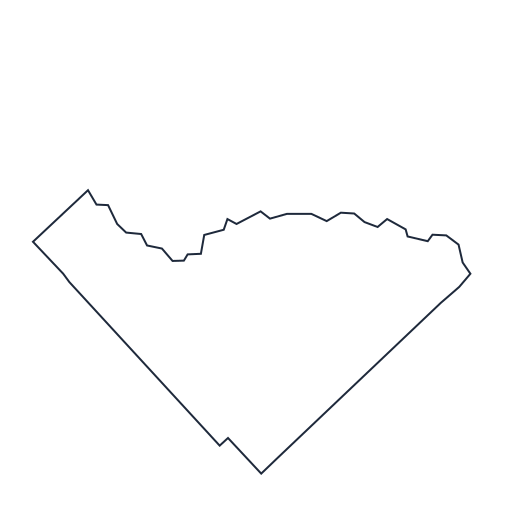 Lafayette, Florida, United States of America, rotated 317°
{"feature_id": "52423323B3691200212151", "entity_name": "Lafayette", "entity_type": "district", "adm_level": 2, "iso_a3": "USA", "parent_name": "United States of America", "parent_adm1": "Florida", "projection": "robinson", "projection_center": [-83.115, 30.041], "detail": "fine", "context": "isolated", "style": "outline", "palette": "slate", "viewbox_px": 512, "rotation_deg": 317, "n_neighbors": 0, "source": "geoboundaries", "source_scale": "gbopen_adm2", "svg_char_len": 691}
<svg xmlns="http://www.w3.org/2000/svg" viewBox="0 0 512 512"><g transform="rotate(317 256 256)"><path d="M178.0,93.3L102.6,93.5L102.9,137.5L101.7,147.8L100.1,369.9L111.4,370.0L111.4,418.7L132.8,418.4L359.3,416.3L383.6,417.2L400.7,415.2L402.7,401.7L411.9,385.8L409.2,370.7L399.6,360.8L391.7,362.3L380.2,345.1L383.6,338.6L377.1,318.4L364.7,317.7L358.5,305.2L356.8,291.9L347.6,282.2L331.5,278.7L325.2,262.9L307.4,246.3L291.7,238.2L289.8,226.5L263.6,219.3L260.3,209.5L250.3,214.8L232.5,205.3L217.2,216.8L207.1,208.2L200.1,210.2L191.6,202.7L192.3,186.4L183.5,174.0L187.0,161.6L177.0,150.3L176.3,137.9L182.5,117.9L174.4,109.6L178.0,93.3Z" fill="none" stroke="#1e293b" stroke-width="2"/></g></svg>